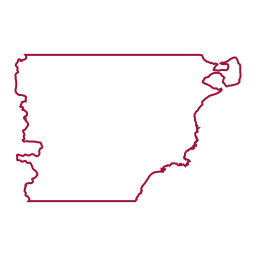 the border of Chubut
{"feature_id": "ARG-1274", "entity_name": "Chubut", "entity_type": "Province", "adm_level": 1, "iso_a3": "ARG", "parent_name": "Argentina", "parent_adm1": "", "projection": "mercator", "projection_center": [-67.684, -44.0], "detail": "fine", "context": "isolated", "style": "outline", "palette": "rose", "viewbox_px": 256, "rotation_deg": 0, "n_neighbors": 0, "source": "natural_earth", "source_scale": "10m", "svg_char_len": 5724}
<svg xmlns="http://www.w3.org/2000/svg" viewBox="0 0 256 256"><path d="M21.3,61.1L21.6,61.0L22.3,60.0L24.5,59.5L25.2,59.1L25.9,58.6L26.2,57.8L26.1,56.0L25.3,54.9L199.9,54.9L201.9,55.2L203.2,58.2L204.0,59.4L205.0,60.3L207.0,61.7L208.3,61.8L208.9,62.3L210.2,62.9L212.6,63.2L213.7,64.0L215.6,63.5L216.3,63.6L216.9,63.9L217.4,64.6L216.7,64.9L216.1,65.5L214.1,68.4L213.7,69.9L213.9,70.2L214.7,70.3L216.8,70.2L217.9,70.7L219.7,70.5L221.3,69.9L226.2,70.2L226.9,70.1L227.1,69.5L228.0,68.6L228.2,68.1L228.2,67.2L228.0,66.8L228.4,66.3L228.0,64.9L227.8,64.4L227.2,64.2L226.1,64.0L223.2,64.2L221.8,64.0L220.7,63.3L221.5,62.8L225.3,62.3L228.6,60.5L230.7,58.9L233.0,57.8L234.6,57.4L235.7,57.6L236.6,58.6L237.2,59.6L238.0,61.8L238.3,63.0L239.6,64.2L240.2,65.5L240.3,67.0L240.2,70.5L240.6,75.9L240.3,77.4L239.6,78.9L239.2,80.3L239.6,81.6L238.2,83.4L236.5,84.2L231.1,85.5L228.9,85.6L227.7,86.2L226.7,86.4L225.9,85.8L225.3,85.0L224.0,83.1L223.0,82.5L223.0,81.6L223.8,78.2L224.4,77.8L224.3,77.5L223.2,76.7L222.8,76.2L221.8,75.7L221.5,75.3L221.4,74.6L221.1,74.1L219.4,73.2L218.1,72.9L215.3,72.9L213.4,73.2L212.2,73.7L211.5,74.3L210.3,74.7L208.4,77.0L205.3,77.7L204.7,78.1L203.8,80.0L203.0,80.9L202.8,81.4L203.0,82.3L203.4,82.8L204.4,83.1L205.3,83.8L207.0,84.3L210.2,85.9L212.6,87.8L214.3,88.5L216.4,88.3L218.2,89.7L218.9,89.7L221.3,88.7L221.6,89.8L221.5,90.3L221.0,90.9L217.8,93.0L214.7,94.3L209.5,95.8L204.8,99.2L203.4,100.7L202.4,101.3L202.2,102.1L202.4,104.2L202.3,104.8L201.3,105.5L199.2,107.8L197.8,110.3L196.1,111.7L194.6,114.5L194.5,114.8L194.6,117.0L195.2,118.7L194.9,120.0L194.9,120.6L195.5,121.2L196.1,123.1L196.2,123.6L196.0,125.0L196.1,125.5L196.5,125.6L197.0,125.4L197.3,125.9L196.7,126.3L196.9,127.2L196.9,127.8L197.4,128.1L198.4,128.1L197.2,129.2L197.0,129.9L197.1,130.9L197.5,131.1L197.6,131.8L195.9,132.4L195.4,132.9L195.2,134.1L195.3,135.6L195.8,136.4L196.2,136.7L196.1,137.1L196.3,137.8L196.7,138.0L196.5,138.6L196.8,139.0L197.3,139.0L197.5,139.2L197.6,140.2L197.3,140.4L197.1,141.0L196.5,141.0L196.2,141.7L195.8,141.9L196.0,142.2L195.7,142.4L195.9,142.5L195.3,142.4L195.1,142.5L195.3,142.9L194.7,143.4L194.6,143.7L195.1,144.1L194.8,144.7L195.0,144.9L195.5,144.7L195.9,144.9L195.7,145.2L195.9,145.7L195.3,145.7L194.9,146.3L194.8,146.1L194.9,145.7L194.7,145.4L194.4,145.4L194.1,145.5L193.5,145.7L193.4,145.9L193.8,146.4L193.8,146.6L193.3,146.6L193.0,147.0L193.0,147.4L193.3,147.6L193.9,147.9L193.6,148.3L193.4,147.9L193.2,147.9L192.9,148.6L192.6,148.3L192.5,147.9L192.0,147.7L191.2,147.9L191.0,148.5L191.2,148.8L190.1,149.0L189.0,149.5L188.1,150.6L187.6,150.4L186.4,151.3L185.3,153.0L185.0,153.8L185.1,154.8L184.8,156.3L184.2,156.6L184.2,157.3L184.4,157.5L184.1,158.0L184.5,158.8L185.3,158.9L185.6,159.1L185.8,159.5L186.6,159.3L187.6,159.9L188.2,159.8L188.8,160.3L189.2,160.5L189.6,161.1L189.3,161.2L188.2,162.2L187.9,162.1L187.4,162.6L187.5,163.1L187.8,163.4L187.9,163.9L187.2,163.6L186.9,163.9L187.4,164.7L186.4,165.4L185.8,165.2L185.3,165.3L185.1,166.0L183.5,164.5L182.2,164.7L181.8,165.1L181.5,164.9L181.5,164.2L181.2,163.8L179.9,163.9L180.0,165.1L179.4,165.1L178.7,165.4L177.9,165.2L177.4,164.5L176.6,163.7L175.8,163.8L174.1,163.2L172.6,163.5L171.7,163.4L171.2,164.2L169.6,165.8L169.1,165.4L167.8,165.2L167.3,165.4L167.2,165.7L166.7,165.6L166.4,166.0L164.7,166.5L163.9,166.9L163.2,167.7L163.2,168.5L165.0,169.2L164.6,169.9L161.5,168.8L161.5,169.8L162.7,170.1L163.3,170.8L163.2,171.7L159.4,171.6L154.2,172.4L152.6,173.2L150.5,175.0L149.0,176.7L148.2,178.3L146.3,180.9L144.8,183.4L143.6,184.6L142.6,186.1L142.0,186.6L141.3,188.3L141.4,190.0L141.9,190.5L141.6,191.1L141.1,191.2L141.0,192.2L141.2,192.7L141.1,193.1L140.8,193.4L140.3,193.2L138.7,194.5L138.3,195.9L137.4,196.5L137.2,197.3L136.6,198.0L136.3,198.6L136.7,199.6L136.1,199.9L135.4,201.1L28.5,201.1L29.5,200.0L29.1,198.7L28.7,197.6L28.0,196.8L27.1,196.2L26.0,195.8L25.6,195.4L25.4,194.8L25.9,193.1L25.5,192.4L24.6,191.3L24.5,190.5L25.0,189.4L24.8,188.7L25.0,187.6L26.0,185.8L25.4,185.0L25.8,184.2L26.8,183.6L28.7,183.1L30.8,183.2L31.7,183.0L32.7,182.2L33.0,181.7L32.9,181.1L32.1,179.2L32.2,178.9L35.3,177.5L37.4,174.8L37.2,173.6L36.7,172.4L36.0,171.4L35.2,170.6L33.8,169.6L32.7,168.2L32.5,167.8L32.0,166.1L31.0,163.8L30.1,162.8L29.2,162.7L28.2,162.9L27.1,162.7L25.6,161.1L25.0,160.9L24.4,161.0L23.2,161.5L22.2,161.7L20.1,160.5L19.0,160.1L17.9,160.2L17.3,160.0L17.1,159.4L17.3,157.6L16.9,155.6L17.3,154.8L18.0,154.5L19.6,155.2L23.1,155.9L23.7,155.8L24.9,154.6L25.5,154.5L27.9,155.4L29.0,155.5L31.3,154.4L32.5,154.1L33.5,154.4L35.6,155.9L36.7,156.3L37.7,156.0L38.6,155.4L39.3,154.3L39.5,152.9L39.2,151.0L39.4,150.2L40.3,148.5L40.6,148.3L41.7,148.1L42.1,147.7L42.3,146.9L42.3,146.2L41.5,145.1L41.1,143.4L40.7,142.8L40.0,142.5L38.0,142.3L34.0,141.5L28.6,141.5L27.3,141.2L26.2,141.2L25.0,141.5L23.9,141.6L22.9,140.6L22.8,139.9L24.2,139.0L24.4,138.3L23.7,136.7L23.8,136.0L24.4,134.9L24.4,134.3L24.2,133.6L23.4,132.1L23.0,130.7L23.6,130.2L24.6,129.9L25.5,129.1L28.0,125.3L28.2,124.6L28.2,124.1L26.4,121.2L25.5,120.5L25.5,120.1L25.8,119.2L25.7,118.4L24.6,118.8L24.1,118.5L24.0,117.9L24.2,117.3L24.4,116.8L26.5,115.7L26.9,115.3L27.1,114.8L26.8,112.3L25.4,111.2L24.5,110.2L22.6,110.0L22.4,109.5L23.0,108.5L23.0,107.8L22.7,107.2L21.7,106.7L20.9,107.0L20.6,106.9L20.4,106.5L20.9,105.9L20.8,104.7L21.6,103.8L21.7,102.4L21.8,102.1L22.8,102.0L24.4,101.3L25.6,101.6L25.8,101.2L25.8,99.9L25.6,98.6L26.0,97.4L25.8,96.7L25.3,96.3L22.9,95.3L19.0,94.9L17.8,94.3L16.7,93.4L15.9,92.0L15.4,90.5L16.3,85.6L16.1,80.5L15.5,78.2L15.8,77.1L15.4,75.9L15.5,74.7L16.0,73.7L16.8,73.0L18.2,72.3L18.2,72.0L17.3,70.3L17.2,69.9L17.7,68.0L17.4,67.3L16.1,66.0L15.7,65.1L16.0,64.2L17.2,62.7L17.7,61.9L18.2,60.0L19.0,59.3L19.9,59.3L20.6,60.8L21.3,61.1Z" fill="none" stroke="#9f1239" stroke-width="2"/></svg>